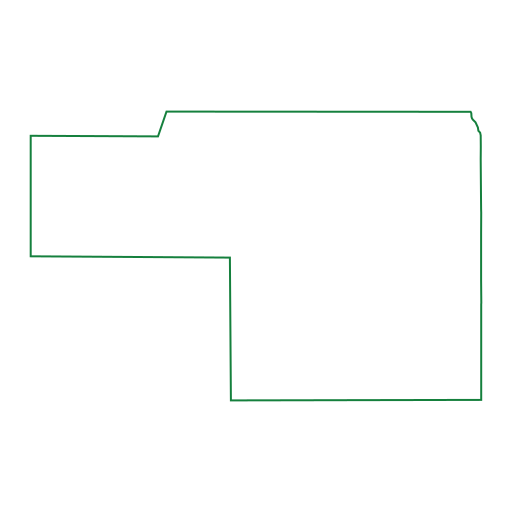 Grant, South Dakota, United States of America (Mercator projection)
{"feature_id": "52423323B32271032546928", "entity_name": "Grant", "entity_type": "district", "adm_level": 2, "iso_a3": "USA", "parent_name": "United States of America", "parent_adm1": "South Dakota", "projection": "mercator", "projection_center": [-96.565, 45.152], "detail": "fine", "context": "isolated", "style": "outline", "palette": "green", "viewbox_px": 512, "rotation_deg": 0, "n_neighbors": 0, "source": "geoboundaries", "source_scale": "gbopen_adm2", "svg_char_len": 509}
<svg xmlns="http://www.w3.org/2000/svg" viewBox="0 0 512 512"><path d="M481.2,399.9L481.2,346.5L481.2,340.1L481.2,338.9L481.2,304.1L481.3,303.0L481.1,280.3L481.1,279.2L481.1,234.2L481.2,213.9L481.2,212.5L481.1,209.1L480.7,159.5L480.7,159.4L480.8,146.8L480.7,135.4L480.1,132.6L478.4,130.8L477.9,127.5L475.5,122.3L472.8,119.6L472.0,118.4L471.5,116.8L471.3,113.2L470.6,111.8L166.5,111.6L158.0,136.4L30.7,135.8L30.7,256.3L229.9,257.6L230.9,400.4L481.2,399.9Z" fill="none" stroke="#15803d" stroke-width="2"/></svg>